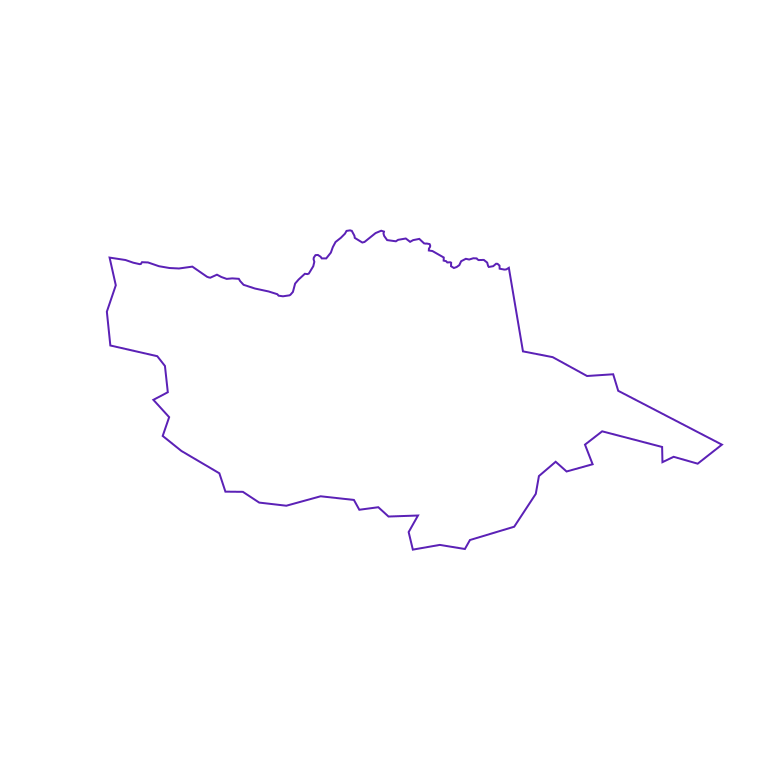 Letcher, Kentucky, United States of America (Albers equal-area conic projection), rotated 224°
{"feature_id": "52423323B26336068765795", "entity_name": "Letcher", "entity_type": "district", "adm_level": 2, "iso_a3": "USA", "parent_name": "United States of America", "parent_adm1": "Kentucky", "projection": "albers", "projection_center": [-82.803, 37.114], "detail": "fine", "context": "isolated", "style": "outline", "palette": "violet", "viewbox_px": 768, "rotation_deg": 224, "n_neighbors": 0, "source": "geoboundaries", "source_scale": "gbopen_adm2", "svg_char_len": 2037}
<svg xmlns="http://www.w3.org/2000/svg" viewBox="0 0 768 768"><g transform="rotate(224 384 384)"><path d="M248.2,284.9L232.1,307.0L211.2,321.5L213.8,331.5L191.2,371.8L198.5,410.4L208.6,425.4L206.5,447.3L191.9,447.9L178.2,471.2L197.3,480.0L194.2,501.5L140.2,531.9L129.4,521.2L125.1,532.8L103.0,544.6L98.8,575.1L210.8,541.8L225.9,550.2L243.5,530.8L281.3,520.5L306.7,504.0L374.9,554.3L375.6,551.5L376.5,550.3L377.3,549.6L377.9,549.3L379.0,548.5L380.9,547.3L383.2,549.4L385.8,549.3L386.9,548.4L387.3,544.6L389.9,541.0L391.0,541.2L392.1,541.8L394.1,543.0L398.4,542.6L402.0,538.9L403.2,538.6L404.6,538.7L407.1,536.5L409.2,532.7L412.1,530.9L413.8,525.9L412.4,521.8L413.0,518.6L414.3,516.0L417.6,515.3L420.0,517.9L420.9,517.6L422.9,515.4L424.6,515.5L426.8,514.2L428.9,516.5L441.5,513.3L444.5,511.2L445.7,512.6L446.2,514.8L447.1,515.8L448.4,516.3L450.9,514.7L451.3,514.1L452.6,513.2L452.8,513.0L459.4,512.9L463.0,507.7L464.0,504.4L469.4,503.8L474.0,497.5L474.6,494.9L481.7,489.7L486.6,490.6L488.8,491.8L489.9,493.6L492.5,492.3L494.9,486.7L496.7,472.6L497.9,470.7L506.5,468.8L508.3,470.1L513.6,471.8L514.7,471.1L515.1,471.0L517.3,468.1L516.5,465.0L516.6,459.2L517.5,452.5L515.9,446.9L513.5,441.6L512.8,434.2L516.0,431.1L518.0,431.5L521.2,430.9L522.8,429.1L522.3,426.2L521.4,424.9L519.0,423.5L516.7,419.6L514.8,411.2L515.4,409.9L517.5,408.3L518.0,399.8L517.7,394.5L513.5,387.0L513.3,383.2L513.6,382.1L517.6,376.9L521.2,374.3L523.1,374.5L531.3,370.4L543.2,363.0L553.9,357.8L558.9,358.1L561.5,358.8L566.5,354.6L570.2,350.3L575.3,348.0L580.1,346.6L582.8,339.8L584.2,338.9L585.8,338.2L603.4,335.3L611.7,324.7L618.9,318.4L627.7,312.4L638.2,307.5L642.7,303.5L642.3,301.4L643.0,300.5L648.6,297.1L656.1,293.6L669.2,284.3L645.5,268.7L633.6,243.5L607.6,221.6L566.4,246.5L554.1,244.8L533.8,227.9L538.9,212.4L515.5,210.9L507.1,192.9L483.2,195.1L440.4,205.4L423.3,196.4L410.6,208.4L391.4,212.0L369.7,228.6L351.6,259.2L325.1,279.7L314.4,276.4L302.5,291.4L288.7,291.8L268.2,313.0L263.4,294.6L248.2,284.9Z" fill="none" stroke="#5b21b6" stroke-width="2"/></g></svg>